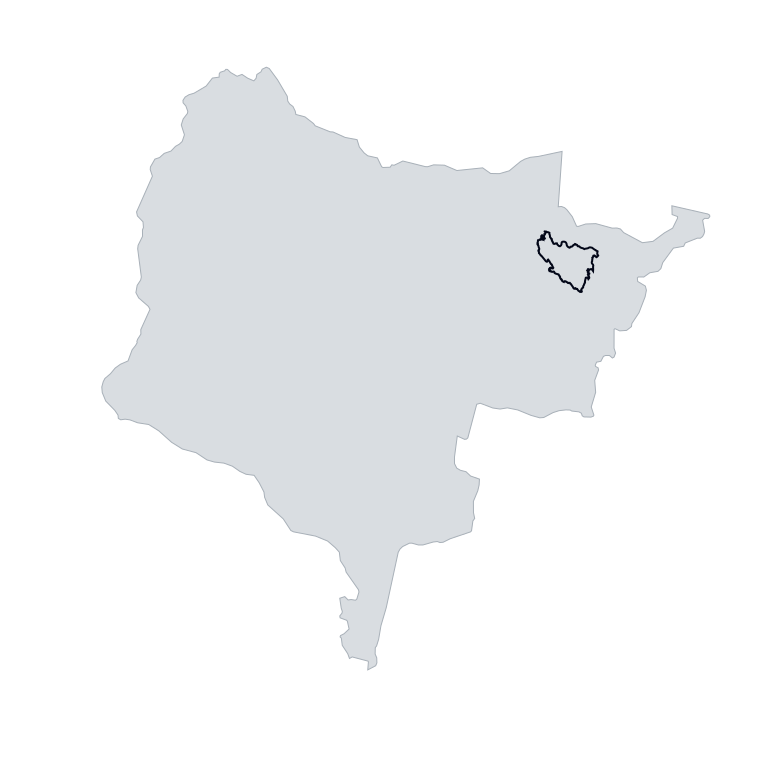 Mitwaba, Katanga, Democratic Republic of the Congo (highlighted), rotated 283°
{"feature_id": "63176286B64695958976401", "entity_name": "Mitwaba", "entity_type": "district", "adm_level": 2, "iso_a3": "COD", "parent_name": "Democratic Republic of the Congo", "parent_adm1": "Katanga", "projection": "mercator", "projection_center": [27.057, -9.113], "detail": "fine", "context": "in_parent", "style": "outline", "palette": "ink", "viewbox_px": 768, "rotation_deg": 283, "n_neighbors": 0, "source": "geoboundaries", "source_scale": "gbopen_adm2", "svg_char_len": 9408}
<svg xmlns="http://www.w3.org/2000/svg" viewBox="0 0 768 768"><g transform="rotate(283 384 384)"><path d="M650.7,505.2L595.9,513.9L596.9,517.0L596.4,520.3L595.0,522.9L589.4,529.8L581.1,536.1L581.1,537.6L585.3,544.6L587.9,554.3L587.2,571.3L588.4,575.9L588.2,579.5L585.4,583.5L579.8,604.0L583.5,614.0L594.4,623.3L600.8,630.2L611.5,632.7L613.2,632.4L613.9,626.6L622.4,624.4L622.5,661.3L621.8,663.3L620.3,663.8L618.2,662.6L617.5,659.1L615.3,657.6L604.8,662.1L602.2,662.0L599.3,661.2L597.2,659.4L596.6,656.5L589.2,645.8L585.6,645.0L581.5,635.4L565.0,628.3L558.7,627.8L555.4,625.6L552.2,618.0L546.7,613.1L545.5,607.7L544.4,607.0L541.0,608.1L538.2,616.6L534.4,618.6L527.7,618.8L510.8,616.4L498.7,611.9L495.6,612.2L490.8,608.3L488.8,601.7L489.9,596.6L489.0,595.9L470.6,600.1L466.2,602.7L462.0,602.1L460.7,600.7L462.5,597.2L461.6,593.4L460.3,591.6L454.9,590.2L453.1,586.2L449.8,585.6L448.7,586.2L447.9,589.0L445.9,589.9L434.9,588.5L423.5,592.1L408.2,591.1L400.9,595.5L399.8,595.3L398.3,593.1L396.9,586.2L397.6,584.3L399.9,582.9L400.7,580.2L399.9,573.0L400.5,571.3L399.7,567.1L397.4,560.6L394.2,555.2L387.3,547.2L386.1,543.4L386.5,534.4L388.8,520.1L388.5,509.6L385.7,502.7L385.1,495.4L386.9,482.1L385.1,478.9L350.4,477.8L348.9,476.8L348.2,475.0L349.8,467.1L328.7,469.1L322.3,470.6L318.4,473.8L317.1,477.9L317.0,483.6L313.8,489.1L312.8,498.4L307.0,499.4L301.1,499.4L289.8,497.5L278.8,500.1L273.4,502.6L270.6,501.4L260.7,502.3L259.4,501.6L248.1,483.3L243.1,477.2L242.1,474.2L242.5,471.4L241.1,467.5L235.9,458.1L234.9,453.8L235.2,446.9L234.6,444.6L229.8,438.7L226.7,436.7L223.2,435.7L166.5,436.5L147.7,435.4L134.0,436.2L127.1,435.7L125.2,434.8L118.9,436.1L115.6,438.5L110.7,439.8L107.7,439.3L101.8,432.5L109.8,431.3L110.4,430.7L110.9,414.4L108.8,412.1L113.1,409.3L120.0,402.1L126.8,399.6L127.7,398.1L129.1,398.2L131.6,401.2L137.4,405.1L144.6,401.7L145.4,400.7L146.3,393.8L148.1,393.1L151.2,394.6L152.9,394.6L156.1,392.7L165.3,389.1L168.0,393.6L165.5,397.6L166.6,400.5L166.9,404.9L168.4,405.9L175.7,406.4L177.8,405.4L192.2,389.4L196.0,387.5L202.1,381.2L210.1,378.3L213.6,373.3L218.3,364.4L220.4,351.5L219.6,329.2L220.3,326.2L229.9,316.2L240.0,298.0L246.7,293.2L251.8,291.3L259.6,284.7L265.8,278.0L265.0,269.9L266.4,263.3L269.8,254.8L270.9,245.8L269.8,236.3L270.2,228.6L274.8,216.3L275.3,202.1L279.4,190.2L287.7,175.1L291.6,163.8L290.8,152.7L291.9,144.5L291.5,139.7L289.9,135.5L290.7,132.9L293.9,131.8L297.8,127.6L304.8,116.7L312.3,111.4L317.6,109.7L323.1,109.9L326.6,110.8L332.4,115.1L339.1,118.5L344.0,122.8L348.9,129.4L360.7,130.9L365.7,133.3L368.8,134.2L369.9,133.6L372.3,133.9L377.9,135.9L382.3,134.8L404.1,139.2L406.6,137.0L412.7,125.6L417.2,121.7L424.6,121.3L430.5,123.5L433.6,123.5L460.3,113.6L463.8,113.2L473.5,115.5L479.8,114.0L482.4,114.4L487.8,112.7L492.3,105.9L496.0,104.2L534.4,111.6L540.3,108.0L543.0,107.6L551.6,110.2L554.2,114.4L559.3,118.0L563.0,124.0L568.7,127.4L571.6,130.6L574.9,132.8L581.9,133.5L590.8,128.2L597.1,128.7L603.4,131.6L605.5,131.5L610.3,128.4L612.8,125.0L615.2,124.3L618.9,125.7L622.0,128.9L624.6,133.5L634.3,143.7L643.5,148.0L645.9,154.3L649.2,153.7L650.9,154.3L653.3,158.3L655.0,159.1L655.3,160.7L653.0,164.5L650.8,171.6L653.7,176.0L651.3,182.4L650.1,189.0L653.1,190.6L657.0,190.5L660.5,193.9L663.3,194.5L666.2,198.1L665.6,201.2L656.4,211.9L642.6,225.0L638.0,226.6L635.6,229.1L633.9,232.9L629.9,236.1L626.8,237.5L626.5,246.9L621.9,256.8L620.1,258.8L617.6,274.8L618.1,277.6L615.5,290.7L616.0,302.8L609.3,306.7L604.7,312.6L602.7,316.8L602.8,326.7L595.2,332.8L594.7,334.2L596.6,341.2L599.3,342.3L599.4,344.6L605.5,352.2L605.1,375.3L605.5,377.6L608.7,383.1L610.8,393.6L608.4,407.0L616.8,431.5L613.1,440.5L614.9,449.1L619.9,458.1L631.6,467.0L634.8,470.6L637.8,475.6L640.5,483.3L650.7,505.2Z" fill="#d9dde1" stroke="#a8b0b8" stroke-width="1"/><path d="M519.9,548.6L520.4,548.7L520.5,548.9L520.5,549.0L520.0,549.5L519.8,549.7L519.8,550.1L520.1,550.6L520.1,550.9L519.5,551.4L518.7,552.3L518.5,552.6L518.5,553.1L517.9,554.0L517.9,554.6L518.0,554.8L518.0,555.3L518.2,555.7L518.4,555.9L518.9,555.9L519.0,555.7L519.2,555.1L519.4,555.0L520.7,555.0L520.9,555.2L521.3,555.4L521.9,555.5L522.6,556.2L522.8,556.3L523.2,556.3L523.9,556.1L524.2,556.1L525.3,556.5L526.2,556.5L526.6,556.7L527.3,556.7L527.5,556.9L527.8,557.0L528.4,557.0L529.2,556.7L532.9,556.7L533.1,556.9L533.2,557.4L533.2,558.7L532.9,559.0L532.2,559.5L532.4,559.6L532.6,559.5L532.9,559.7L533.0,559.9L533.4,560.1L533.6,560.1L533.8,560.0L534.0,560.0L534.4,559.7L534.6,559.7L534.8,559.5L534.8,559.0L535.2,558.8L535.4,558.7L535.5,558.7L535.8,558.9L536.1,558.7L536.2,558.9L536.3,558.9L536.2,558.3L536.3,558.2L536.5,558.4L536.9,558.7L536.9,558.3L537.1,558.3L537.4,558.4L537.6,558.6L537.7,558.3L537.9,558.4L537.9,558.1L538.1,558.0L538.4,558.1L538.6,557.8L538.8,558.0L539.2,558.0L539.1,557.9L539.3,557.8L539.4,557.5L539.8,557.6L539.9,557.4L540.1,556.9L540.3,557.0L540.4,556.8L540.6,557.0L541.0,556.7L541.4,556.7L541.7,556.8L541.9,557.0L541.8,557.3L541.5,557.8L541.6,558.4L541.6,558.6L541.9,558.9L542.2,559.1L542.6,560.1L542.6,560.4L541.9,561.4L541.1,562.3L542.4,562.1L545.4,561.3L546.4,561.3L547.2,560.9L548.3,559.5L548.8,559.2L549.6,559.0L550.6,559.2L551.8,558.9L552.9,559.0L553.4,558.8L553.5,558.7L553.8,558.5L554.1,558.6L554.5,559.0L554.8,559.1L555.5,559.1L555.9,559.1L556.1,559.1L556.4,559.6L556.6,560.1L556.4,560.6L556.0,560.9L556.1,561.6L555.4,562.2L555.3,562.4L555.5,562.7L556.3,563.3L557.3,563.8L558.7,562.5L559.8,562.3L560.9,562.3L561.2,562.3L561.4,562.2L561.6,560.8L562.2,559.9L562.2,559.2L562.9,557.6L563.6,556.0L563.5,554.0L563.2,553.3L562.1,552.1L560.9,549.3L560.5,548.8L561.0,547.4L561.0,546.2L561.2,544.6L562.0,543.4L562.0,542.6L561.8,542.3L561.8,542.0L562.0,541.6L562.3,541.5L562.9,540.9L563.0,540.6L562.9,539.4L563.4,539.1L563.4,538.6L562.8,538.4L562.4,537.9L562.2,537.4L561.9,537.4L561.5,537.2L560.7,536.5L560.4,536.4L560.0,536.0L559.8,535.3L559.7,534.9L558.8,534.5L558.5,534.0L558.9,532.6L559.5,531.6L560.3,530.9L561.9,530.2L562.8,529.4L563.2,528.4L563.2,527.6L563.0,526.5L562.6,525.7L562.1,525.4L561.6,525.3L559.9,525.5L559.0,525.3L558.3,524.9L557.8,524.4L557.9,523.1L558.4,522.4L558.9,521.5L559.2,521.2L559.9,520.9L559.8,520.0L559.7,519.8L559.4,519.5L559.3,519.2L559.0,518.9L558.8,518.4L558.8,517.8L558.8,517.6L559.0,517.4L559.4,517.2L559.7,516.9L559.9,516.6L560.7,516.3L561.0,515.9L561.2,515.5L561.4,515.3L561.8,515.3L563.0,514.9L563.1,514.1L563.3,513.9L563.8,513.7L564.1,513.4L564.3,512.9L564.8,512.6L565.6,512.4L566.7,511.9L566.9,511.6L567.3,511.6L568.1,511.1L568.4,511.1L568.4,510.9L568.6,510.7L568.8,510.4L568.8,509.8L568.6,508.8L568.8,508.5L569.0,507.7L568.8,507.4L568.8,506.7L568.9,506.4L568.8,506.2L568.7,506.2L568.4,506.6L568.4,507.1L568.3,507.3L568.1,507.5L566.4,507.2L566.2,506.7L566.0,506.8L565.5,506.9L564.9,506.7L564.3,506.7L564.3,506.4L564.4,506.2L564.5,505.6L564.5,504.8L564.1,504.9L563.9,505.3L563.6,505.5L563.4,505.9L562.9,506.4L562.6,507.4L562.3,507.7L561.9,508.0L561.7,507.8L562.2,506.6L562.1,506.4L561.8,506.4L561.4,506.7L561.0,506.8L561.3,506.3L561.9,505.6L563.1,504.6L563.9,504.2L564.4,503.7L564.0,503.9L563.0,504.0L562.2,504.2L561.4,504.4L560.3,505.4L560.3,505.1L560.3,504.8L560.5,504.0L560.4,503.9L559.8,504.1L559.6,503.8L559.8,503.5L559.8,503.3L559.6,502.9L558.7,502.2L558.6,501.7L558.0,501.8L557.6,501.8L557.1,502.0L556.2,501.8L555.4,502.4L554.9,502.6L554.6,502.6L554.5,502.3L554.0,502.7L553.7,503.1L553.4,503.4L553.1,503.5L552.4,503.8L552.2,503.9L551.2,504.6L550.5,504.9L549.8,504.9L549.6,504.9L549.5,504.6L549.3,504.5L549.0,504.6L548.8,504.4L548.7,504.4L548.1,504.8L547.9,504.8L547.5,505.1L547.5,505.3L547.1,505.5L546.3,505.6L546.0,506.2L545.4,506.9L544.8,507.5L544.5,507.9L544.6,508.1L544.3,508.6L541.3,512.5L540.1,514.0L539.8,514.8L539.8,515.3L540.0,515.5L541.1,515.8L541.8,515.6L542.1,515.8L542.2,516.0L541.8,516.4L541.7,516.5L541.2,516.8L540.8,517.6L540.6,517.7L538.9,519.3L538.7,519.4L538.4,519.8L538.4,520.2L538.3,520.4L537.9,520.8L537.4,521.0L536.9,521.5L536.5,521.7L536.3,522.0L535.9,522.1L535.6,522.4L535.4,522.5L535.2,522.8L534.7,522.6L534.7,522.3L534.5,522.2L534.4,521.6L534.5,521.3L534.6,521.2L534.8,520.6L534.8,520.2L534.6,520.1L534.6,519.9L534.4,519.8L534.3,519.5L534.0,519.5L533.6,519.2L533.5,519.3L533.3,519.2L533.1,519.1L532.9,519.0L532.3,519.4L532.6,519.6L532.8,519.8L532.5,520.1L532.4,520.0L532.3,519.7L531.7,519.5L531.6,519.8L531.2,520.0L531.3,520.7L531.4,520.9L531.4,521.4L531.2,521.6L531.3,521.7L531.3,521.9L531.1,522.2L531.2,522.6L531.2,523.1L531.6,523.6L531.7,523.8L531.6,524.0L531.7,524.3L531.4,524.7L531.0,525.1L530.5,525.3L530.2,526.3L530.1,527.9L530.0,528.3L530.1,528.5L530.1,528.8L530.0,529.5L529.9,529.6L529.6,529.8L529.4,529.9L529.2,530.2L529.0,530.3L528.8,530.5L528.5,530.8L528.5,531.1L528.3,531.2L528.1,531.2L528.0,531.4L527.7,531.4L527.4,531.6L527.0,531.9L526.8,531.9L526.7,532.0L526.2,532.5L526.3,532.7L526.2,533.0L525.9,533.3L525.6,533.5L525.6,533.8L525.2,533.9L524.9,533.9L524.8,534.0L524.7,534.5L524.3,534.8L524.3,535.1L524.2,535.4L524.1,535.5L523.9,535.8L524.0,536.1L523.9,536.4L524.3,536.5L524.5,536.7L524.6,536.9L524.7,537.1L524.8,537.1L524.9,537.7L524.7,537.9L524.8,538.2L524.6,539.0L524.4,539.2L524.4,539.3L524.2,539.7L524.2,539.9L524.1,540.0L524.0,540.3L523.9,540.4L523.8,540.5L523.8,540.9L524.0,541.2L524.2,541.4L524.3,542.1L524.1,542.4L524.2,542.5L523.9,542.9L523.7,542.9L523.4,543.5L523.3,543.9L522.8,544.2L522.6,544.6L522.1,545.0L521.4,545.9L520.0,547.1L519.6,547.9L519.8,548.1L519.9,548.6Z" fill="none" stroke="#020617" stroke-width="2"/></g></svg>